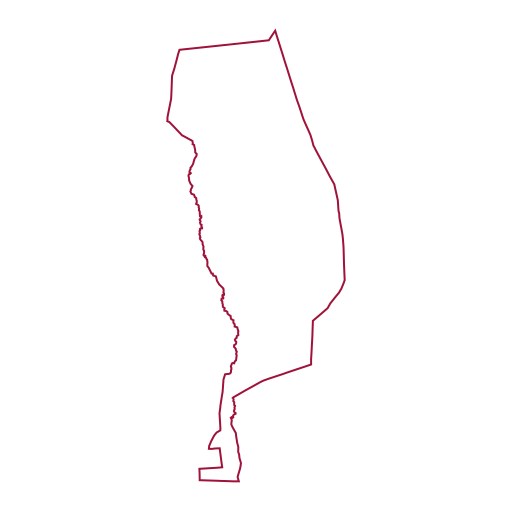 Su'xbaatar, Ulaanbaatar, Mongolia
{"feature_id": "93677404B10423406698460", "entity_name": "Su'xbaatar", "entity_type": "district", "adm_level": 2, "iso_a3": "MNG", "parent_name": "Mongolia", "parent_adm1": "Ulaanbaatar", "projection": "orthographic", "projection_center": [106.924, 48.052], "detail": "fine", "context": "isolated", "style": "outline", "palette": "rose", "viewbox_px": 512, "rotation_deg": 0, "n_neighbors": 0, "source": "geoboundaries", "source_scale": "gbopen_adm2", "svg_char_len": 4815}
<svg xmlns="http://www.w3.org/2000/svg" viewBox="0 0 512 512"><path d="M179.5,49.8L178.6,52.6L178.2,53.7L176.7,59.7L174.9,66.4L174.3,68.7L173.3,71.8L172.1,75.6L171.9,79.8L171.5,90.8L171.2,97.5L171.1,99.0L168.4,112.5L167.5,117.1L167.4,120.9L167.3,121.2L169.4,122.1L170.5,123.2L173.7,126.5L178.8,131.9L180.7,133.9L182.1,135.4L183.4,136.0L185.8,137.3L192.0,140.7L192.5,141.1L192.8,143.2L192.6,144.2L194.1,144.9L194.6,147.6L195.1,149.6L195.2,150.8L195.2,152.3L195.7,153.0L196.3,153.5L196.7,153.9L196.5,155.7L195.7,157.1L194.7,158.5L193.8,161.2L193.3,163.3L193.0,164.1L191.4,166.9L190.9,167.2L190.4,168.0L190.6,169.0L190.3,169.5L189.9,170.3L189.5,171.4L189.5,172.3L190.8,173.2L190.4,173.7L189.6,174.2L188.8,174.4L188.5,175.6L188.5,176.0L189.0,178.0L189.2,180.8L189.8,181.9L190.5,183.7L191.7,185.1L192.5,186.1L192.0,187.3L190.9,189.4L190.8,190.6L190.4,191.4L191.1,193.0L191.3,193.6L191.5,193.8L194.0,194.7L194.3,195.4L194.6,196.3L194.6,196.8L194.8,197.1L196.0,197.8L196.2,198.0L196.3,199.6L196.7,200.7L196.8,202.2L196.1,203.9L196.6,204.2L198.2,205.0L198.8,206.0L198.7,207.3L198.7,207.6L199.1,208.3L199.1,208.8L198.9,210.3L199.7,211.3L199.8,213.7L200.0,216.3L200.9,216.4L201.3,216.2L201.4,217.2L200.8,218.3L199.7,219.3L199.8,220.2L200.5,221.0L200.5,221.6L200.0,222.7L200.7,224.5L201.6,224.9L201.4,226.4L202.1,227.6L202.1,228.4L201.6,228.5L200.6,228.4L200.3,228.6L199.9,229.0L200.0,229.7L200.1,230.4L199.5,231.0L199.6,231.4L199.7,232.3L199.8,233.4L199.6,233.6L199.3,234.2L199.8,235.3L200.3,236.9L200.4,237.3L199.9,237.9L200.1,239.1L200.9,240.2L202.4,241.8L202.6,242.9L202.6,244.4L203.1,245.5L203.5,246.7L203.3,248.7L203.3,249.5L204.1,250.9L204.0,251.4L204.1,252.8L203.5,255.0L204.3,256.0L205.2,255.7L205.5,256.1L205.0,257.2L206.1,257.9L206.5,259.0L207.1,259.7L207.5,262.7L207.3,264.0L207.4,266.2L208.6,267.6L210.3,271.0L211.5,273.5L212.8,273.6L212.9,274.7L213.4,275.7L214.6,275.8L215.2,276.2L215.9,276.4L217.0,280.8L219.3,284.6L220.5,285.7L223.4,288.5L223.4,289.5L223.7,290.1L223.6,291.2L223.5,291.8L223.4,292.2L224.0,293.4L224.1,294.7L223.6,295.3L223.3,295.2L222.6,294.9L222.3,295.9L222.9,297.2L223.4,298.0L223.2,298.5L221.6,298.6L221.3,300.3L222.1,301.0L222.4,301.9L222.3,303.0L222.8,304.5L222.8,306.4L223.0,307.0L223.8,307.5L224.7,308.2L224.3,309.4L224.4,310.7L225.7,310.9L226.8,311.4L227.4,312.0L227.5,313.6L228.2,314.3L230.7,316.1L230.7,317.7L231.2,319.1L231.7,319.4L233.5,320.3L233.3,322.1L233.7,323.3L234.5,323.9L234.8,325.5L234.6,326.5L235.4,326.8L235.6,326.9L236.6,327.1L237.3,327.4L237.7,329.4L238.4,331.1L238.1,332.1L238.1,332.5L238.3,335.2L237.3,335.8L236.8,336.1L236.6,337.9L235.6,338.5L234.9,339.9L235.2,340.7L236.2,341.7L236.2,342.9L235.7,344.2L234.1,345.2L234.0,346.8L235.4,348.3L235.8,348.9L235.8,349.7L236.0,350.6L236.8,351.6L236.1,354.1L236.7,355.2L236.0,360.4L234.9,361.3L234.8,361.6L234.1,363.3L233.1,362.9L231.9,363.5L230.8,366.6L231.3,367.5L231.4,369.4L231.0,370.1L231.0,372.0L230.3,373.3L228.9,373.9L227.3,374.0L225.6,374.2L225.1,374.3L224.4,376.6L223.5,379.4L222.6,391.9L221.7,397.3L220.4,405.8L220.3,407.5L219.5,413.2L220.0,421.6L220.4,428.2L220.3,430.4L216.6,432.5L214.2,435.5L213.6,436.6L212.8,438.1L211.2,441.2L209.2,445.9L209.1,446.8L208.9,448.8L212.1,448.9L214.7,448.5L216.7,448.4L219.7,448.3L220.0,450.8L221.4,461.7L222.2,467.3L217.7,467.7L203.1,468.6L199.4,468.8L199.6,473.6L199.7,480.2L218.5,480.8L220.3,480.9L224.4,481.0L232.4,481.3L238.8,481.3L237.6,476.9L240.1,468.4L240.6,465.7L240.9,463.5L240.9,462.8L239.5,458.2L239.2,455.3L239.2,454.8L238.2,451.8L238.3,447.0L237.9,445.5L237.1,442.3L236.0,435.0L235.9,433.2L233.6,429.1L232.3,426.7L231.7,425.4L231.3,424.2L231.5,422.1L231.8,420.4L231.2,418.4L230.8,417.8L231.6,417.1L232.6,417.8L233.2,417.4L233.1,415.6L233.7,414.7L235.6,413.8L235.6,413.1L234.4,412.1L234.0,411.3L233.9,411.1L234.3,409.8L234.7,409.0L234.5,407.3L235.1,405.9L234.2,405.0L234.2,404.1L234.2,402.2L233.3,401.1L233.6,399.6L233.2,398.2L232.8,397.9L233.4,397.3L239.5,393.8L245.4,390.4L258.9,382.9L261.9,381.3L263.7,380.5L269.0,378.6L282.7,374.1L287.2,372.5L299.5,368.4L310.9,364.6L311.1,364.5L311.1,359.2L311.6,350.8L311.8,346.7L312.4,335.7L312.5,332.1L312.9,320.8L320.3,314.5L327.6,308.2L330.3,303.4L335.3,297.1L339.2,292.4L339.9,291.0L341.2,289.0L343.3,284.0L344.7,280.1L344.5,276.0L344.0,264.0L343.7,252.4L343.5,246.5L342.9,238.8L342.4,234.1L341.4,228.6L339.9,220.6L339.4,217.5L339.2,213.5L338.6,211.3L338.5,210.7L337.9,201.5L337.8,200.2L336.5,194.3L334.4,184.9L334.4,184.5L329.9,176.5L326.1,169.2L320.3,158.5L315.9,150.3L314.4,147.3L313.5,145.8L312.2,140.8L310.4,134.9L308.1,129.7L305.5,123.9L303.6,119.6L302.7,117.0L300.7,110.8L299.1,106.0L296.7,99.3L295.3,94.7L294.1,90.9L293.3,88.2L290.9,80.8L288.9,74.4L287.6,70.2L284.8,61.5L282.3,53.4L279.5,44.5L276.9,36.3L275.2,30.7L272.3,35.0L268.8,40.3L212.7,46.3L179.5,49.8Z" fill="none" stroke="#9f1239" stroke-width="2"/></svg>